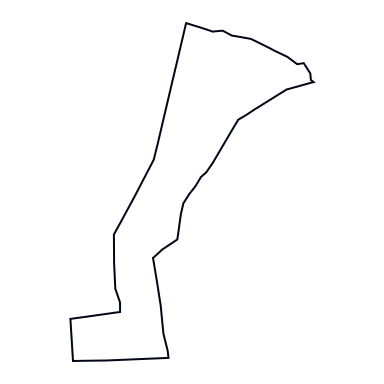 Halac, Chardzhou, Turkmenistan
{"feature_id": "10190150B91732086642718", "entity_name": "Halac", "entity_type": "district", "adm_level": 2, "iso_a3": "TKM", "parent_name": "Turkmenistan", "parent_adm1": "Chardzhou", "projection": "mercator", "projection_center": [64.556, 37.553], "detail": "fine", "context": "isolated", "style": "outline", "palette": "ink", "viewbox_px": 384, "rotation_deg": 0, "n_neighbors": 0, "source": "geoboundaries", "source_scale": "gbopen_adm2", "svg_char_len": 1044}
<svg xmlns="http://www.w3.org/2000/svg" viewBox="0 0 384 384"><path d="M172.6,80.4L163.1,120.7L157.9,143.0L153.8,159.6L134.6,196.5L121.0,221.6L113.9,234.5L114.1,263.2L115.3,288.7L120.0,302.3L120.1,312.0L116.2,312.5L93.5,315.7L70.4,318.9L73.0,361.0L82.6,360.8L106.1,360.5L108.6,360.4L168.5,357.9L167.7,350.9L163.4,333.6L162.3,322.3L160.7,305.7L157.3,283.8L155.1,270.3L153.0,258.0L153.6,257.5L162.3,249.5L165.9,247.1L177.3,239.5L178.9,228.6L179.2,226.1L180.9,214.1L183.2,204.0L183.4,203.3L189.5,193.7L194.9,187.0L199.0,180.4L200.8,177.2L201.3,176.7L206.3,172.3L212.8,162.8L218.6,153.0L223.8,144.1L226.9,138.8L234.7,125.6L237.8,120.5L238.1,119.8L246.0,115.1L249.0,113.2L254.6,109.4L260.2,106.0L260.3,105.9L276.0,96.1L286.8,89.4L288.1,89.1L300.4,85.7L311.2,82.7L313.6,82.1L310.9,80.0L310.3,73.4L303.7,63.1L297.2,64.2L287.4,56.9L287.0,56.7L274.2,50.6L270.4,48.5L250.9,38.9L236.9,36.4L231.9,35.6L222.7,30.7L214.2,31.4L213.0,31.7L208.4,30.1L198.4,26.9L186.1,23.1L182.7,37.6L177.1,61.5L172.6,80.4Z" fill="none" stroke="#020617" stroke-width="2"/></svg>